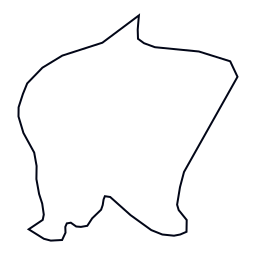 map outline of Cerkno (orthographic projection)
{"feature_id": "SVN-1010", "entity_name": "Cerkno", "entity_type": "Municipality", "adm_level": 1, "iso_a3": "SVN", "parent_name": "Slovenia", "parent_adm1": "", "projection": "orthographic", "projection_center": [13.959, 46.128], "detail": "fine", "context": "isolated", "style": "outline", "palette": "ink", "viewbox_px": 256, "rotation_deg": 0, "n_neighbors": 0, "source": "natural_earth", "source_scale": "10m", "svg_char_len": 711}
<svg xmlns="http://www.w3.org/2000/svg" viewBox="0 0 256 256"><path d="M237.5,76.8L184.0,172.0L180.0,187.1L177.1,204.7L178.7,210.1L186.7,220.0L186.5,231.8L180.2,234.5L174.0,235.7L162.3,234.5L151.3,230.1L130.5,215.1L110.2,197.0L104.9,196.2L103.6,199.4L102.7,205.1L101.1,209.7L92.2,218.3L87.3,225.8L80.9,226.9L76.2,226.5L70.8,222.7L66.8,223.4L65.3,226.9L65.5,232.7L62.1,240.0L50.8,240.6L43.9,238.8L28.7,229.3L42.7,219.9L43.8,214.6L42.2,203.6L39.1,194.0L36.4,179.1L36.6,166.0L34.2,152.6L23.4,132.9L18.5,116.5L18.6,107.3L22.9,94.0L27.2,83.4L42.4,67.7L62.3,55.6L102.4,42.7L138.9,15.4L137.7,29.6L138.0,38.8L144.0,43.2L154.9,47.2L198.9,51.5L230.2,61.3L237.5,76.8Z" fill="none" stroke="#020617" stroke-width="2"/></svg>